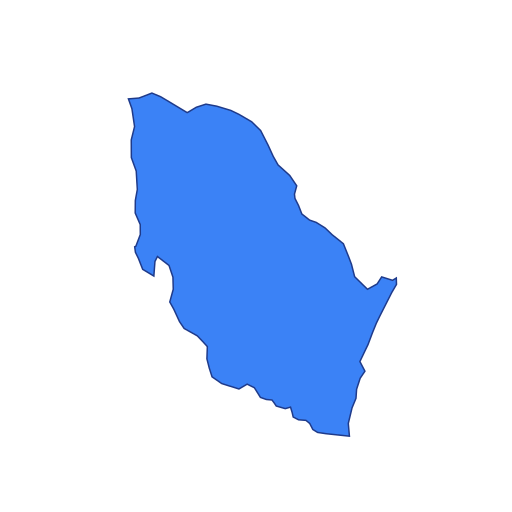 outline of Voroklini, Larnaca, Cyprus, rotated 326°
{"feature_id": "46923920B52896679551870", "entity_name": "Voroklini", "entity_type": "district", "adm_level": 2, "iso_a3": "CYP", "parent_name": "Cyprus", "parent_adm1": "Larnaca", "projection": "natural_earth1", "projection_center": [33.657, 34.987], "detail": "fine", "context": "isolated", "style": "filled", "palette": "blue", "viewbox_px": 512, "rotation_deg": 326, "n_neighbors": 0, "source": "geoboundaries", "source_scale": "gbopen_adm2", "svg_char_len": 1420}
<svg xmlns="http://www.w3.org/2000/svg" viewBox="0 0 512 512"><g transform="rotate(326 256 256)"><path d="M160.6,180.5L158.1,185.5L157.2,192.1L154.6,203.7L160.1,215.5L169.2,204.0L174.0,201.3L178.6,215.2L175.3,227.1L168.8,237.3L158.8,245.9L158.1,254.1L155.9,267.6L155.9,275.9L162.7,289.4L164.0,297.0L165.0,303.9L157.8,313.8L154.6,322.7L152.0,331.6L156.2,342.5L161.4,349.1L162.2,350.0L167.5,356.7L177.0,357.3L181.0,364.3L180.6,375.7L184.3,380.7L188.7,384.3L188.9,387.5L188.9,391.7L194.9,398.9L200.1,400.6L198.4,406.1L196.8,410.3L199.7,415.6L205.5,420.2L206.9,424.9L206.1,431.6L208.4,436.7L214.6,442.4L231.5,456.6L232.7,457.6L238.9,446.4L250.7,435.6L259.3,429.9L264.9,422.7L274.0,415.6L281.9,412.4L283.1,401.6L293.1,395.7L299.3,392.1L309.7,384.7L318.2,379.0L325.1,375.0L348.1,362.2L356.6,358.1L360.0,352.7L355.6,352.5L348.5,343.6L340.8,346.9L329.8,345.9L326.2,328.3L330.5,316.3L332.3,308.7L335.3,294.7L331.0,280.9L329.0,271.5L324.7,261.8L320.5,256.2L317.5,246.8L319.5,237.9L320.5,230.0L322.5,226.2L329.0,220.6L329.0,208.1L325.2,192.8L326.0,182.9L328.0,170.9L330.0,154.6L327.5,142.4L321.0,128.9L316.5,121.2L307.2,109.8L299.4,102.1L289.7,99.3L280.4,98.8L279.1,98.6L272.9,85.3L266.1,70.8L260.8,62.7L247.3,59.6L238.1,54.4L235.5,64.5L227.7,80.8L217.5,90.0L207.7,104.7L204.2,118.6L194.8,134.5L187.0,142.5L179.9,152.8L177.6,165.2L172.1,173.5L161.9,180.7L160.6,180.5Z" fill="#3b82f6" stroke="#1e3a8a" stroke-width="1.5"/></g></svg>